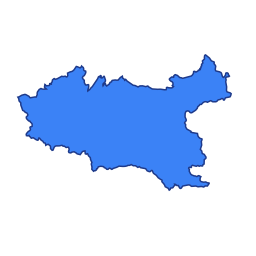 the border of Hubei, rotated 174°
{"feature_id": "CHN-1807", "entity_name": "Hubei", "entity_type": "Province", "adm_level": 1, "iso_a3": "CHN", "parent_name": "China", "parent_adm1": "", "projection": "albers", "projection_center": [112.208, 31.166], "detail": "fine", "context": "isolated", "style": "filled", "palette": "blue", "viewbox_px": 256, "rotation_deg": 174, "n_neighbors": 0, "source": "natural_earth", "source_scale": "10m", "svg_char_len": 5771}
<svg xmlns="http://www.w3.org/2000/svg" viewBox="0 0 256 256"><g transform="rotate(174 128 128)"><path d="M66.8,138.8L68.4,138.5L69.2,137.5L69.7,136.2L70.1,133.0L69.4,130.8L69.2,129.7L69.7,128.8L71.0,127.6L71.2,127.0L70.3,125.4L70.6,123.6L70.5,122.8L69.5,120.7L65.7,118.1L65.6,117.6L65.8,117.3L64.8,116.8L59.5,115.3L59.3,112.9L58.8,111.7L57.6,110.3L55.6,109.4L55.6,108.6L56.5,107.0L56.5,103.3L58.3,99.2L57.1,97.5L56.8,94.9L54.8,93.7L54.4,92.6L53.6,91.3L53.5,90.3L53.8,89.6L55.5,88.5L56.1,84.2L57.2,83.8L57.7,82.6L58.2,82.4L59.8,82.9L61.2,82.5L62.4,83.4L64.1,82.8L67.9,84.2L69.0,83.4L69.0,82.4L69.3,82.1L71.0,82.5L71.4,82.4L71.8,82.0L71.9,81.3L71.3,80.6L71.6,78.6L70.5,75.7L69.7,74.8L67.3,73.5L65.9,73.2L64.9,72.6L64.1,72.6L63.2,73.2L62.5,73.2L60.6,72.0L61.4,70.8L61.8,68.8L61.7,68.1L61.0,67.1L58.5,66.2L56.3,66.2L54.8,65.2L53.2,64.9L53.1,64.3L55.1,62.0L57.3,62.3L58.8,61.4L61.2,62.2L64.5,62.2L66.7,63.2L70.7,63.3L71.4,63.7L72.5,64.8L73.9,65.1L79.3,64.6L79.9,64.3L81.2,62.7L82.0,62.4L82.8,62.8L83.3,63.8L83.9,65.5L85.3,65.6L86.7,67.0L87.5,67.2L87.3,66.5L87.3,66.1L88.8,65.1L89.4,64.1L90.2,63.8L91.8,63.8L92.6,62.4L93.5,61.9L94.3,63.8L97.1,65.7L97.6,67.5L98.4,69.0L99.7,70.7L99.9,71.2L99.6,72.3L99.8,72.8L100.9,73.4L103.2,75.4L104.8,78.0L107.3,80.2L107.7,81.0L108.2,82.8L108.5,83.2L109.1,83.3L110.6,82.3L111.5,82.4L113.4,83.4L114.7,85.7L119.6,87.2L120.8,88.4L122.3,87.8L124.5,89.7L126.7,89.9L128.7,91.3L130.1,90.7L132.2,90.8L132.9,90.4L134.9,90.2L137.0,90.3L140.9,91.0L143.3,90.1L147.1,89.3L147.7,88.8L148.5,88.6L150.3,90.0L151.1,89.8L152.2,89.0L153.2,89.1L153.6,89.3L154.3,90.3L155.8,91.1L156.3,92.1L159.0,92.8L161.6,92.5L162.4,91.2L162.9,90.7L163.4,90.7L163.7,89.8L164.1,89.4L165.2,88.9L166.2,89.0L166.8,88.6L168.3,90.7L167.9,92.9L168.3,96.0L167.5,97.5L168.5,100.4L168.6,102.5L170.2,104.5L170.9,106.7L171.6,106.7L172.3,106.3L173.2,106.9L173.2,109.7L175.2,109.5L175.9,109.2L178.3,106.5L181.3,107.6L182.2,108.6L184.1,110.0L186.5,109.8L187.4,109.2L188.7,109.5L189.3,109.8L189.6,110.6L189.5,111.3L188.8,112.7L188.8,113.5L189.2,115.0L189.7,115.2L191.6,115.1L193.2,116.6L194.5,116.7L195.1,117.5L195.8,117.7L198.1,117.4L201.4,117.7L202.5,117.4L203.5,116.5L204.8,113.9L205.8,113.7L207.2,115.6L207.0,117.5L207.2,118.3L209.0,120.1L210.6,119.9L211.6,119.4L211.8,121.5L213.4,122.2L214.0,123.7L215.6,124.9L217.1,127.2L217.8,127.3L218.5,125.5L219.4,125.3L220.9,126.2L223.2,128.2L223.9,128.2L224.9,127.9L225.4,128.1L226.1,129.3L227.0,130.1L227.2,131.0L228.6,130.7L229.8,131.0L229.9,132.4L229.4,133.2L227.5,135.0L226.1,135.6L225.2,136.6L225.2,137.5L225.5,138.4L225.3,139.1L224.7,139.4L223.7,139.4L223.2,139.7L222.9,141.9L223.6,143.2L224.4,144.0L224.7,144.9L226.1,145.5L227.8,147.7L228.1,148.6L228.0,149.6L226.5,150.8L226.2,151.9L227.1,153.6L228.6,154.3L229.2,155.4L230.9,156.6L232.2,162.1L232.0,164.2L233.5,166.3L233.6,168.6L234.3,170.2L233.3,170.3L230.2,171.7L227.2,172.2L226.3,172.0L223.2,169.9L222.4,168.5L222.1,168.3L217.4,168.6L216.1,168.4L214.8,170.7L214.7,172.2L214.3,173.3L212.3,175.6L210.4,176.4L209.5,175.8L207.8,175.4L205.1,175.3L205.4,175.7L206.0,176.0L206.8,177.4L206.1,180.0L205.6,179.6L205.0,178.5L202.0,178.5L201.5,179.0L201.2,180.3L200.6,180.3L200.0,179.6L199.7,179.6L199.7,180.6L198.6,181.9L198.1,183.7L196.5,184.8L195.9,184.8L195.5,184.1L195.1,184.0L193.2,184.4L188.4,186.4L187.2,185.9L185.0,186.1L184.1,185.3L183.5,185.2L183.0,185.5L182.4,186.5L182.4,188.9L179.8,189.8L177.4,190.2L175.6,191.5L173.0,194.6L171.9,194.2L169.4,192.8L168.4,193.4L167.7,194.5L167.1,193.7L166.2,192.9L165.9,192.0L166.0,190.3L165.7,189.8L165.2,189.3L164.2,189.1L164.1,188.8L164.2,187.5L164.8,186.4L166.0,184.7L167.4,184.0L168.1,182.7L167.6,181.4L166.5,180.0L166.7,177.7L165.8,175.4L165.0,175.1L163.0,175.3L162.6,174.9L162.8,172.8L164.1,169.6L164.1,169.0L162.1,170.2L160.2,172.2L159.3,172.7L153.1,180.1L152.0,182.0L151.2,182.3L150.3,181.3L150.1,181.7L150.1,182.8L149.8,183.0L149.4,182.8L149.2,180.9L148.9,180.5L148.2,180.6L146.7,181.9L146.2,181.8L145.4,178.0L145.6,176.9L146.2,176.1L148.1,174.6L148.5,173.3L148.4,172.6L146.2,175.1L145.7,174.1L145.5,172.8L144.8,172.0L142.0,173.7L141.1,175.2L139.6,175.7L139.2,176.5L138.7,177.0L135.7,177.1L134.1,176.7L132.8,176.7L130.4,179.0L128.2,180.1L128.1,178.2L126.9,177.3L126.3,175.8L125.2,176.6L123.9,174.7L118.4,170.0L116.5,169.5L113.7,167.8L111.8,168.6L109.1,168.4L106.1,167.3L103.9,167.7L103.0,166.6L99.8,164.3L94.5,163.4L91.6,163.2L87.6,162.2L86.1,162.1L85.7,162.7L85.6,163.9L85.3,164.2L84.9,164.4L83.1,163.7L80.6,163.3L79.4,163.6L78.4,164.6L79.3,165.1L79.6,165.6L78.7,166.4L78.6,168.0L79.3,169.4L80.6,170.2L81.5,171.3L81.8,172.3L81.1,173.0L79.3,174.1L78.8,174.2L77.8,173.7L77.3,173.8L77.0,175.1L75.8,176.0L75.4,176.1L73.3,175.1L71.3,172.8L69.8,172.4L68.4,171.7L59.6,173.1L58.6,173.8L57.2,175.5L56.8,177.3L55.7,177.4L55.0,176.7L54.4,176.6L52.6,177.3L51.9,178.2L50.7,178.2L50.4,179.3L49.9,179.0L49.6,180.1L49.2,180.3L48.9,181.7L48.2,182.2L48.2,183.6L46.8,184.8L47.0,186.9L44.7,188.7L44.7,190.1L44.3,191.8L44.0,192.3L43.2,192.6L39.7,189.1L38.1,186.1L35.5,184.7L35.4,184.0L35.7,183.0L34.6,181.2L34.3,180.3L35.1,177.2L34.9,176.0L34.5,175.5L31.1,174.3L29.7,173.4L29.3,172.6L28.8,169.7L28.3,168.7L27.6,168.3L27.3,168.5L25.6,170.3L25.1,172.1L24.7,172.5L23.6,172.5L22.7,171.8L22.5,170.5L21.7,169.0L22.2,168.6L24.6,168.4L25.4,168.0L25.6,167.4L25.4,165.6L26.0,163.8L25.6,158.6L26.1,155.4L26.0,154.2L25.6,153.5L22.6,152.2L21.8,151.3L22.5,149.4L23.3,148.3L27.6,147.9L28.2,147.5L29.1,146.0L29.6,145.7L30.1,145.9L30.6,147.2L31.5,147.5L33.6,146.7L35.3,146.6L36.9,145.2L37.9,144.9L40.9,145.2L41.5,145.5L42.2,146.2L43.0,146.5L46.3,145.3L47.6,146.0L49.1,146.1L50.7,145.4L52.6,143.8L54.0,143.9L54.9,142.9L56.4,141.9L57.1,140.3L58.9,138.6L62.8,136.6L63.6,136.5L64.3,136.7L64.8,137.1L65.4,138.2L66.8,138.8Z" fill="#3b82f6" stroke="#1e3a8a" stroke-width="1.5"/></g></svg>